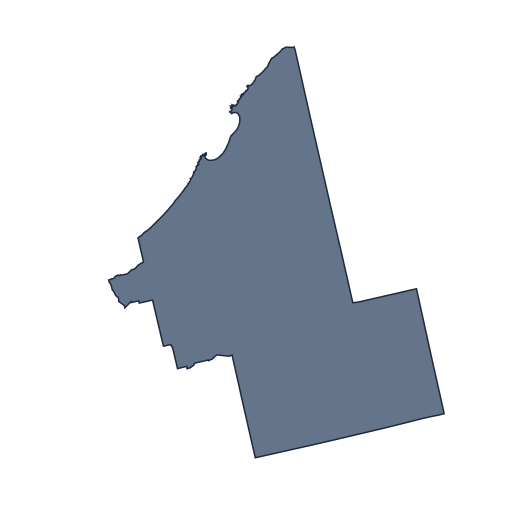 the district of Wattle Range, South Australia, Australia, rotated 77°
{"feature_id": "25037944B1081142143908", "entity_name": "Wattle Range", "entity_type": "district", "adm_level": 2, "iso_a3": "AUS", "parent_name": "Australia", "parent_adm1": "South Australia", "projection": "mercator", "projection_center": [140.154, -37.508], "detail": "fine", "context": "isolated", "style": "filled", "palette": "slate", "viewbox_px": 512, "rotation_deg": 77, "n_neighbors": 0, "source": "geoboundaries", "source_scale": "gbopen_adm2", "svg_char_len": 5778}
<svg xmlns="http://www.w3.org/2000/svg" viewBox="0 0 512 512"><g transform="rotate(77 256 256)"><path d="M452.8,235.1L452.5,167.0L451.8,130.6L451.9,117.6L452.0,117.5L452.1,114.5L452.0,108.1L451.9,108.1L388.5,107.7L324.0,107.0L323.9,166.8L323.3,172.2L275.1,172.0L227.9,172.1L129.3,171.9L64.6,171.5L61.0,171.8L61.3,172.1L59.2,180.3L59.8,181.5L60.1,183.5L60.3,184.0L61.9,185.9L64.0,189.4L64.2,190.0L64.8,191.1L64.9,191.7L65.4,192.3L66.0,193.3L66.5,194.9L66.7,195.8L67.0,196.4L67.9,197.2L68.3,197.8L69.0,198.2L70.3,199.5L71.6,200.5L73.3,201.5L74.0,202.2L75.0,203.6L75.6,204.7L77.2,206.7L79.1,209.6L80.0,211.5L80.9,213.3L81.1,214.4L81.0,215.0L81.2,215.4L81.4,215.6L82.4,216.0L84.4,217.5L87.1,220.4L87.7,221.6L88.2,222.3L88.7,224.1L88.6,224.4L88.3,224.5L88.2,224.8L88.3,224.9L88.2,225.2L88.0,225.4L88.0,225.6L88.4,225.4L88.5,225.7L88.5,225.9L88.0,225.8L88.0,226.0L88.7,226.1L88.5,226.5L88.8,226.6L88.8,226.3L89.0,226.2L89.9,226.1L90.0,225.9L90.5,225.9L90.6,226.1L91.0,226.1L91.8,226.7L92.7,227.8L92.7,228.0L92.5,228.3L92.8,228.8L93.3,229.1L93.6,229.6L94.3,230.4L94.6,231.0L94.5,231.3L94.7,231.7L95.1,231.7L95.4,231.9L95.4,232.1L95.0,232.3L95.1,232.7L95.2,232.4L95.5,232.5L95.7,232.3L96.1,232.5L95.9,232.9L95.9,233.0L96.6,233.5L96.4,233.8L96.7,233.8L96.8,234.1L96.6,234.1L96.8,234.3L96.9,234.1L97.1,234.4L96.9,234.5L97.3,234.7L97.2,234.9L97.5,234.8L97.6,235.0L97.7,234.9L97.9,235.0L98.2,235.2L98.1,235.5L98.8,235.8L99.2,236.6L99.1,237.0L100.2,237.4L100.6,237.8L100.8,238.4L100.7,238.7L100.8,239.0L101.1,238.7L101.5,239.0L101.5,238.8L101.6,238.7L101.8,238.9L102.3,238.9L102.6,239.0L103.5,240.0L103.8,240.6L104.8,241.6L104.9,241.9L104.7,242.1L104.8,242.1L104.9,242.4L105.0,242.5L105.0,242.8L105.2,243.1L104.8,243.7L104.5,243.7L104.4,243.5L104.8,243.8L104.9,244.4L104.7,244.7L104.2,244.7L104.1,244.4L103.8,244.4L103.9,244.7L103.6,245.0L103.8,245.0L103.8,245.3L103.5,245.6L103.7,245.8L103.8,245.4L104.5,245.6L104.3,245.2L104.7,245.0L105.0,245.0L105.6,245.4L106.0,246.0L106.0,246.3L105.9,246.3L105.7,246.1L105.5,245.6L105.4,245.3L105.1,245.2L105.3,245.5L105.5,246.0L105.4,246.1L105.1,246.1L105.2,246.3L104.9,246.4L104.7,246.8L105.3,246.4L105.7,246.6L105.8,246.8L105.8,247.1L106.0,247.1L106.1,247.4L106.4,247.3L106.2,247.1L106.5,246.9L106.3,246.6L106.4,246.4L107.0,246.4L107.0,246.6L107.3,246.3L107.9,246.4L108.8,247.1L109.4,248.1L109.5,248.5L110.0,248.8L109.8,249.0L110.1,249.0L110.5,248.5L111.8,247.7L111.7,247.4L111.3,246.9L111.2,246.1L111.4,245.4L111.4,244.1L111.7,243.3L112.3,242.5L113.2,241.7L115.0,241.0L116.7,240.6L117.5,240.6L121.2,241.5L122.3,242.1L123.8,242.5L125.4,243.8L126.2,244.2L127.4,245.1L130.1,248.2L133.1,253.0L133.6,253.6L136.4,255.4L140.1,257.6L142.1,259.4L144.0,260.6L146.2,262.7L148.3,264.9L149.1,265.9L151.4,269.9L152.3,271.7L152.9,274.8L152.9,276.0L152.8,276.8L152.8,277.3L152.5,279.1L151.7,281.1L150.7,282.2L149.0,283.2L148.1,283.5L147.4,283.6L146.7,282.7L146.6,282.2L146.3,282.1L146.2,281.9L145.9,281.9L145.7,281.5L145.3,281.6L144.7,281.3L144.4,281.3L144.5,281.6L144.4,281.8L144.6,282.0L144.5,282.4L145.0,282.9L145.5,283.1L145.3,283.8L145.8,283.7L145.9,284.0L145.7,284.1L145.8,284.2L146.0,284.1L145.7,284.6L146.0,284.9L145.7,285.1L146.3,285.2L146.3,285.4L146.1,285.7L146.5,285.9L146.4,286.1L146.2,286.1L146.3,286.3L146.1,286.6L146.3,286.7L146.2,287.3L146.6,287.5L147.1,288.1L147.2,287.6L147.2,287.4L148.5,287.5L148.7,288.1L149.0,287.8L149.1,288.5L149.3,288.5L149.4,288.9L149.9,289.2L149.7,289.5L149.8,290.0L151.0,290.0L151.5,290.3L151.4,290.7L151.6,291.4L151.9,291.0L152.5,291.5L153.1,291.5L153.3,291.8L153.9,291.2L154.2,291.7L154.1,292.1L154.4,292.5L154.4,292.8L154.6,293.1L154.8,293.1L154.8,293.5L155.5,293.9L155.8,294.4L156.6,294.2L157.6,294.5L157.9,294.8L158.0,295.3L158.5,295.6L159.0,295.7L159.3,296.0L159.8,296.9L159.9,297.4L160.0,297.4L160.0,297.6L160.4,297.5L160.6,297.7L161.0,297.7L161.1,297.9L161.2,298.2L161.3,298.3L161.5,298.1L162.1,298.3L162.9,299.0L163.3,299.5L164.5,300.2L165.6,301.5L165.8,302.0L165.9,302.4L166.0,302.3L166.8,302.3L167.1,302.7L167.8,303.1L168.5,303.7L168.9,304.3L169.7,304.7L170.3,305.7L170.2,305.9L170.5,305.9L171.9,307.1L173.0,308.5L173.7,309.6L175.4,311.3L177.4,313.8L178.4,314.9L178.6,315.2L181.0,318.2L181.9,319.5L182.2,319.7L182.9,320.9L184.0,322.4L185.9,324.3L188.1,327.1L188.9,328.4L190.5,330.3L193.4,334.6L194.3,335.7L196.5,339.2L198.1,341.5L198.4,342.3L199.3,343.5L199.6,344.2L201.1,346.4L202.8,349.3L204.2,351.3L204.9,352.8L205.7,354.0L207.0,356.9L207.2,357.4L207.4,357.8L207.3,358.2L207.4,358.6L208.0,359.3L208.2,360.1L209.8,362.3L210.1,362.8L210.2,363.2L210.5,363.5L210.9,365.1L211.7,366.9L236.4,366.9L237.1,368.4L237.1,368.7L237.0,369.0L237.2,369.3L237.3,370.1L237.4,370.4L237.7,370.7L237.9,371.2L238.2,371.9L238.1,372.2L238.4,372.4L238.9,373.5L239.7,374.8L240.7,376.0L241.1,376.9L241.4,378.0L241.5,379.1L241.4,379.7L241.5,380.0L241.4,380.2L241.6,380.2L241.9,381.1L242.1,381.2L242.3,381.7L242.6,381.9L243.0,382.7L243.2,383.4L244.0,384.4L244.4,385.6L244.5,386.4L244.3,388.0L244.6,389.2L244.2,391.6L244.1,392.0L243.9,392.2L243.9,392.9L244.2,393.1L244.3,393.6L244.0,394.1L243.6,394.6L243.6,395.2L244.0,396.4L244.0,397.1L244.4,398.1L245.3,398.8L245.9,400.4L245.9,400.9L245.7,401.7L246.0,402.8L246.3,403.5L246.3,404.2L246.1,404.4L246.2,404.9L248.5,405.0L251.1,403.8L256.9,403.6L257.8,402.9L261.2,401.9L262.7,401.6L264.4,400.7L265.2,399.7L267.3,399.6L269.5,399.9L274.5,395.5L277.0,395.5L272.3,387.9L273.3,387.9L273.3,380.4L275.6,380.4L275.7,366.7L323.1,366.5L323.1,359.1L324.0,359.0L325.0,358.3L325.7,358.3L325.7,357.9L348.1,357.8L347.9,348.5L350.4,348.5L350.1,345.1L348.2,340.9L346.6,340.1L346.6,326.0L347.3,325.9L346.5,321.5L344.6,318.7L343.6,315.9L345.0,312.4L346.4,308.1L347.7,304.4L346.9,301.6L373.5,301.8L373.6,301.7L388.2,301.9L452.4,302.1L452.8,235.1Z" fill="#64748b" stroke="#1e293b" stroke-width="1.5"/></g></svg>